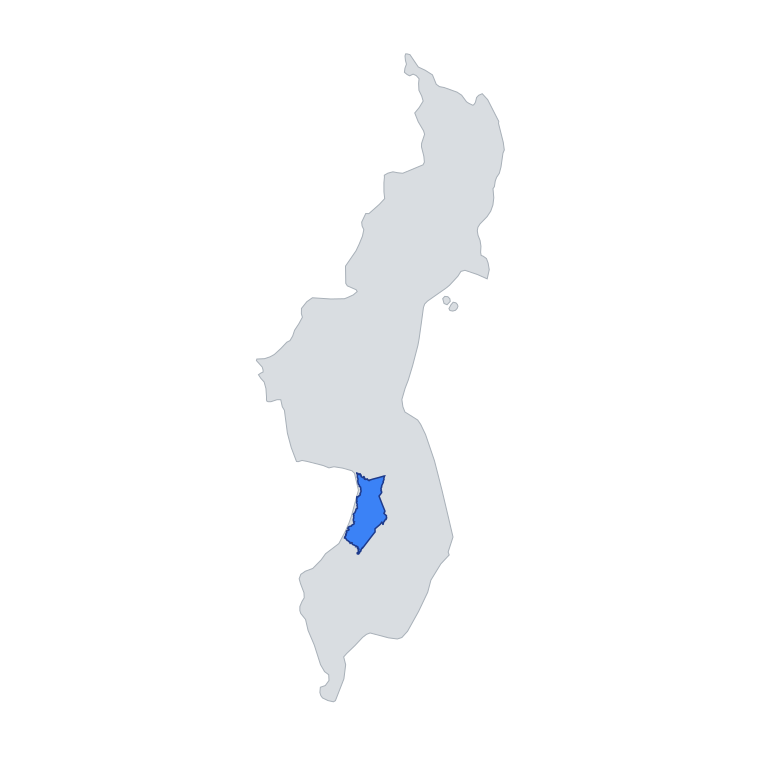 Ntcheu, Ntcheu, Malawi shown in context, rotated 23°
{"feature_id": "42251766B4706820893431", "entity_name": "Ntcheu", "entity_type": "district", "adm_level": 2, "iso_a3": "MWI", "parent_name": "Malawi", "parent_adm1": "Ntcheu", "projection": "orthographic", "projection_center": [34.638, -14.817], "detail": "fine", "context": "in_parent", "style": "filled", "palette": "blue", "viewbox_px": 768, "rotation_deg": 23, "n_neighbors": 0, "source": "geoboundaries", "source_scale": "gbopen_adm2", "svg_char_len": 8361}
<svg xmlns="http://www.w3.org/2000/svg" viewBox="0 0 768 768"><g transform="rotate(23 384 384)"><path d="M299.3,444.7L295.1,438.8L291.6,440.3L286.8,444.5L284.2,445.6L282.8,445.5L282.0,444.5L280.9,441.8L277.1,434.3L272.9,429.0L268.4,426.9L264.8,424.5L266.4,422.0L268.0,420.3L267.3,418.5L265.3,416.0L257.4,412.3L257.2,410.7L264.1,407.4L268.5,403.5L271.5,399.7L275.2,391.6L278.2,383.5L280.5,380.8L281.2,375.5L280.7,369.4L282.1,361.7L282.8,354.4L280.5,351.6L278.5,346.7L280.8,338.4L284.4,332.6L301.9,326.5L314.2,321.0L316.7,318.6L320.9,314.0L323.2,309.4L321.5,308.1L311.9,308.0L309.5,306.3L302.5,290.5L306.2,272.3L306.5,265.1L306.4,256.3L305.1,249.8L302.1,247.1L300.2,243.7L300.6,234.2L303.5,233.1L309.5,220.5L312.2,213.1L308.9,207.2L305.3,198.8L303.6,193.5L302.7,191.7L305.2,188.4L309.3,185.2L314.0,184.2L318.9,182.7L334.3,167.0L334.5,164.0L331.7,158.8L325.8,151.0L324.6,147.8L323.8,138.3L321.5,135.5L313.0,129.2L306.4,122.5L308.4,115.7L309.5,108.3L306.2,104.2L301.4,100.0L298.4,93.8L297.0,89.3L293.2,87.5L289.7,87.4L287.2,90.3L284.4,90.1L281.0,89.1L279.9,85.1L279.7,80.8L277.4,77.9L275.2,73.9L274.9,71.7L276.3,71.1L279.2,70.7L291.7,78.8L299.3,79.1L307.8,80.5L315.0,87.7L318.8,88.6L323.5,87.6L337.2,86.8L342.6,87.8L349.7,92.0L352.5,92.5L356.9,92.7L357.6,91.6L358.1,89.1L357.3,84.1L358.3,81.3L361.0,78.4L368.4,81.8L387.0,97.4L387.6,99.4L399.4,115.0L403.3,121.6L403.3,125.0L406.9,138.6L407.8,145.0L406.9,149.8L407.1,153.7L408.5,159.2L408.0,161.6L412.3,169.7L414.3,176.6L414.7,183.2L413.5,189.7L409.8,199.2L409.2,203.1L410.0,206.5L412.4,210.3L416.4,214.4L419.4,219.3L421.5,225.1L423.2,227.7L425.3,227.6L429.3,228.5L432.5,231.9L436.2,237.6L437.4,244.1L437.9,246.9L427.4,246.7L414.1,247.7L410.8,250.3L409.9,255.9L405.7,267.6L403.4,271.9L398.5,279.7L391.6,290.8L390.2,294.4L390.4,298.1L394.5,313.1L398.7,328.9L400.1,335.1L403.2,356.1L404.8,370.9L405.1,379.6L406.5,391.3L410.3,397.6L414.2,401.6L429.1,404.0L433.6,406.9L442.0,414.3L460.4,434.9L470.5,448.1L479.3,459.7L495.1,481.2L507.3,497.9L508.7,513.6L510.8,515.9L506.6,527.4L503.8,546.2L505.6,558.6L504.7,579.8L502.3,602.4L499.5,610.4L495.9,613.5L487.3,615.9L468.5,618.6L465.7,621.3L463.3,625.6L459.5,636.0L455.0,646.5L453.5,651.0L454.4,652.1L458.4,657.4L462.3,671.1L463.0,694.5L461.6,696.3L456.1,697.3L450.1,697.0L447.7,695.6L445.5,693.0L443.9,688.0L447.8,684.5L449.2,678.4L446.7,673.2L441.7,672.0L435.3,667.2L421.8,651.5L410.4,640.5L403.8,631.4L397.1,627.8L395.1,625.5L393.5,621.7L393.5,616.1L394.1,612.0L391.9,607.4L385.1,600.3L382.0,596.4L381.8,591.7L384.7,587.1L390.5,581.6L394.9,570.4L396.5,563.1L404.8,548.5L405.9,535.8L406.1,525.7L405.6,518.1L403.4,502.5L402.0,491.8L391.7,477.7L388.4,476.4L378.7,477.6L370.3,479.7L366.1,482.7L359.9,482.8L343.5,485.3L338.4,486.4L335.4,489.0L333.7,489.5L323.4,478.7L314.3,467.0L302.6,447.1L299.3,444.7ZM418.8,290.0L416.0,290.6L414.3,289.2L414.7,284.9L415.7,281.7L418.5,281.2L420.4,282.1L421.7,283.5L421.8,285.8L421.0,288.2L418.8,290.0ZM412.7,282.1L411.1,286.4L407.8,286.4L404.7,282.5L405.7,279.6L408.7,278.7L411.3,279.8L412.7,282.1Z" fill="#d9dde1" stroke="#a8b0b8" stroke-width="1"/><path d="M438.7,506.1L438.3,505.7L438.1,505.2L437.7,504.6L437.6,504.2L437.2,504.2L436.8,503.9L436.4,503.8L436.2,503.8L435.7,503.6L434.9,503.3L434.4,503.0L434.4,502.8L434.7,502.0L434.5,501.7L434.4,501.4L434.6,500.7L432.1,498.2L430.1,496.2L426.2,492.2L423.2,489.1L423.7,487.5L424.3,484.9L424.1,484.5L423.9,484.4L423.5,483.9L423.6,483.6L423.3,483.4L422.8,483.2L422.7,482.9L422.6,482.0L422.3,481.6L422.0,481.3L422.0,480.8L422.1,479.9L421.9,479.8L421.8,479.5L421.9,479.3L421.8,478.7L421.5,478.3L421.6,478.0L421.6,477.5L421.7,476.9L421.7,476.1L421.8,474.8L421.7,474.6L421.2,474.0L421.2,473.8L421.4,473.4L421.3,472.7L421.3,471.8L421.2,471.6L420.7,471.0L420.6,470.6L420.7,470.3L420.5,469.6L420.5,468.5L420.5,468.4L419.4,469.1L418.8,469.7L417.0,471.1L416.3,471.7L410.5,476.2L409.5,477.1L408.7,477.7L408.3,478.0L408.5,478.2L408.4,478.5L408.1,478.7L407.8,478.8L407.5,478.8L407.0,478.5L406.8,478.6L406.6,478.6L406.0,478.3L405.9,478.0L405.8,477.9L405.5,478.0L405.4,478.3L404.7,478.9L404.3,478.6L404.1,478.7L403.9,478.8L403.5,479.2L403.2,479.2L402.8,478.9L403.0,478.4L403.0,478.2L402.7,477.9L401.8,477.1L401.6,477.1L401.4,477.4L401.4,477.6L401.4,477.9L401.3,478.3L401.2,478.4L400.1,478.2L399.5,478.3L399.3,478.2L399.1,478.1L399.0,477.9L399.0,477.6L398.7,477.3L398.6,476.9L398.3,477.0L398.0,477.0L397.7,476.7L397.4,476.2L397.1,476.0L396.8,476.1L396.8,476.3L396.9,476.7L396.9,476.9L395.7,476.9L395.3,476.6L395.0,476.5L393.7,476.6L393.8,476.9L393.9,477.1L394.2,477.3L394.8,477.6L395.2,478.0L395.3,478.3L395.3,478.9L395.4,479.0L395.7,479.8L396.1,480.5L396.6,480.8L397.3,481.8L397.5,482.6L397.7,483.5L398.4,484.5L398.7,485.2L399.3,485.7L399.4,486.1L399.6,486.3L399.8,486.4L400.2,486.5L400.8,486.7L401.0,486.9L401.1,487.1L401.1,487.4L401.2,487.7L401.3,488.0L401.5,488.0L402.4,487.9L402.6,488.0L403.1,488.7L403.4,489.0L403.7,490.2L403.9,490.4L404.2,490.5L404.3,490.7L404.5,491.1L404.5,491.4L404.8,491.7L404.9,492.0L404.8,492.5L404.8,493.0L405.0,493.4L404.8,493.8L404.8,494.4L405.0,494.6L405.4,495.0L405.5,495.4L405.1,496.1L404.9,496.1L404.7,496.3L404.6,496.9L404.6,497.4L404.3,497.9L404.1,498.1L403.2,498.2L403.1,498.4L403.1,498.6L403.1,498.9L403.3,499.2L403.5,499.6L403.8,499.9L403.7,500.4L403.8,500.6L404.2,501.1L404.5,502.0L404.8,502.3L405.0,502.5L404.9,502.6L404.8,502.9L405.1,504.0L405.6,504.4L406.4,505.3L406.7,505.7L406.6,506.5L407.4,507.3L407.8,508.3L408.0,508.6L408.1,508.8L408.1,509.0L407.9,509.3L407.4,509.4L407.2,509.9L407.2,510.7L407.5,511.5L407.4,512.8L407.5,512.8L407.5,513.9L407.4,514.2L407.0,514.6L406.9,514.9L406.7,515.5L406.6,515.9L406.6,516.0L406.9,516.2L407.0,516.2L407.2,516.5L407.4,516.7L407.6,516.7L407.6,517.2L407.8,517.6L407.8,518.0L408.4,518.8L408.5,519.1L408.6,519.9L408.5,520.2L408.7,520.6L408.7,520.9L409.1,521.3L409.2,522.0L410.0,522.4L410.3,522.5L410.6,522.5L410.5,522.8L410.3,523.3L410.3,523.5L411.0,524.0L411.1,524.3L411.0,524.6L410.9,524.9L410.8,525.2L410.3,525.5L409.8,526.0L409.7,526.4L409.6,526.6L409.5,526.8L409.5,527.0L409.6,527.3L409.2,527.8L408.8,527.9L408.4,528.1L408.3,528.3L408.1,528.4L408.0,528.7L407.6,529.0L407.4,529.4L407.2,529.5L407.1,529.8L407.2,530.2L407.0,530.7L407.2,531.2L407.5,531.3L407.8,531.2L408.0,531.3L408.3,531.3L408.6,531.5L408.7,531.8L408.7,532.1L408.1,532.6L407.9,532.8L408.0,532.9L407.5,533.2L407.1,533.5L407.1,533.8L407.0,534.4L407.0,534.5L407.6,535.0L407.6,535.3L407.8,535.5L407.6,535.8L407.4,536.3L407.7,537.1L407.9,537.2L408.0,537.4L407.7,537.4L407.6,537.5L407.8,538.2L407.8,538.5L408.0,538.8L408.1,539.0L407.9,539.4L407.9,539.7L407.6,540.0L407.6,540.4L407.8,540.8L407.9,541.2L408.1,541.2L408.6,541.0L408.8,540.9L409.0,541.0L409.4,541.3L409.6,541.5L410.0,541.6L410.8,542.2L411.3,542.4L411.9,542.3L412.3,542.4L412.6,542.5L413.3,542.8L413.9,542.7L414.0,543.0L414.4,543.1L414.6,543.2L414.7,543.4L414.8,543.7L415.1,543.9L415.3,543.5L415.5,543.4L416.0,542.8L416.3,542.9L416.6,542.7L416.7,542.8L416.8,542.8L416.8,543.1L416.9,543.5L417.6,543.8L418.0,544.0L418.8,544.0L419.0,543.9L419.2,544.0L419.6,543.9L420.2,544.0L420.3,544.1L420.5,544.1L421.4,544.2L421.6,544.0L421.8,544.1L422.0,544.0L422.5,544.1L422.4,544.3L422.6,544.2L422.7,544.3L422.8,544.2L422.9,544.3L423.2,544.2L423.2,544.6L423.7,544.7L423.8,544.8L423.9,544.7L424.0,544.8L424.3,545.0L424.2,545.2L424.1,545.3L423.9,545.6L424.0,545.7L424.8,545.7L424.9,545.8L424.9,546.0L425.4,545.8L425.5,546.0L425.3,546.3L425.3,546.5L425.3,547.2L425.4,547.4L425.6,547.4L425.7,547.5L425.8,547.8L426.0,548.4L425.8,548.8L426.0,549.0L425.9,549.3L425.7,549.5L425.3,549.9L425.4,550.1L425.5,550.3L425.6,550.6L425.9,550.8L426.1,550.6L426.5,550.3L426.9,550.4L427.0,550.4L426.9,549.9L427.1,549.7L427.1,549.4L427.4,549.2L427.2,548.5L427.1,548.3L427.3,547.9L427.6,547.8L427.7,547.5L427.6,547.2L427.9,547.0L427.7,546.5L427.7,546.2L427.8,546.0L427.6,545.8L427.8,545.5L427.7,545.1L427.8,544.6L427.8,544.0L428.0,543.9L428.0,543.7L428.4,543.5L428.4,543.4L428.3,543.1L428.2,542.9L428.3,542.6L428.6,542.5L428.7,542.3L432.0,529.4L432.1,529.1L433.1,525.3L433.6,523.7L432.3,520.8L435.3,514.8L435.7,513.1L435.8,512.8L436.0,512.1L437.8,513.6L438.0,513.5L437.9,512.6L437.6,512.1L437.6,511.8L437.7,511.3L437.8,511.0L437.8,510.5L438.0,510.2L437.9,510.1L437.9,509.2L438.3,508.4L438.6,508.3L438.8,508.0L438.8,507.5L438.6,507.4L438.5,507.1L438.7,506.5L438.6,506.2L438.7,506.1Z" fill="#3b82f6" stroke="#1e3a8a" stroke-width="1.5"/></g></svg>